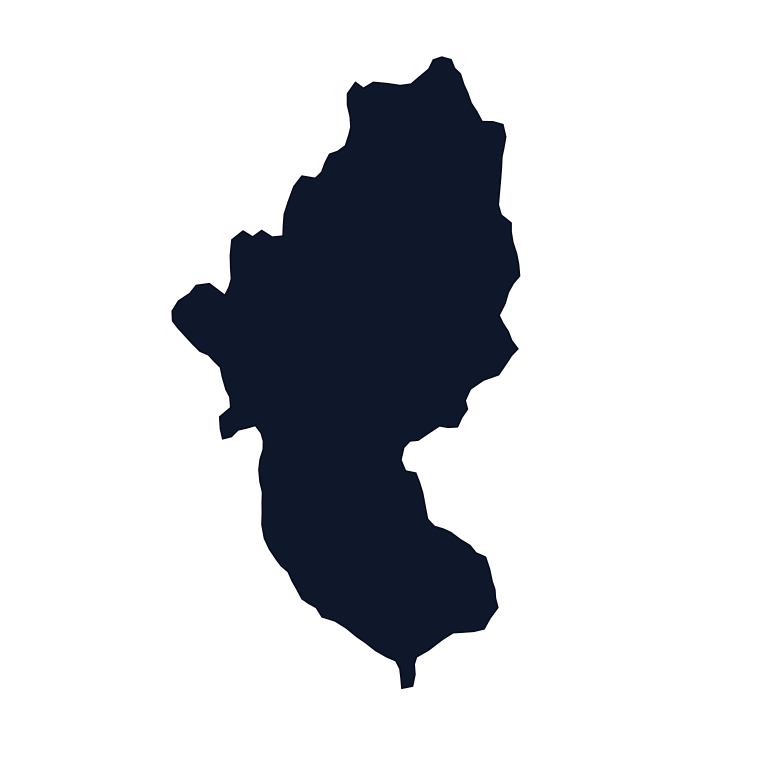 the district of Olaria, Minas Gerais, Brazil, rotated 254°
{"feature_id": "56859067B66778416420172", "entity_name": "Olaria", "entity_type": "district", "adm_level": 2, "iso_a3": "BRA", "parent_name": "Brazil", "parent_adm1": "Minas Gerais", "projection": "mercator", "projection_center": [-43.97, -21.909], "detail": "fine", "context": "isolated", "style": "filled", "palette": "ink", "viewbox_px": 768, "rotation_deg": 254, "n_neighbors": 0, "source": "geoboundaries", "source_scale": "gbopen_adm2", "svg_char_len": 2219}
<svg xmlns="http://www.w3.org/2000/svg" viewBox="0 0 768 768"><g transform="rotate(254 384 384)"><path d="M380.9,522.4L390.5,518.7L399.8,517.9L410.1,514.9L418.3,513.5L427.8,522.4L437.9,528.8L445.1,536.0L450.5,544.1L462.2,546.4L472.7,547.3L484.8,546.9L495.4,548.2L503.7,550.6L514.2,543.2L524.6,543.2L537.7,548.2L548.6,552.4L559.1,556.3L570.0,560.0L577.9,564.2L588.0,569.1L600.6,569.8L606.0,561.0L609.2,550.6L620.3,548.2L630.0,545.2L640.8,544.6L649.9,543.2L660.9,542.9L668.0,538.8L677.2,537.9L682.3,529.7L681.9,520.7L674.4,514.0L668.9,501.7L664.8,492.7L666.4,481.8L671.8,470.0L676.9,456.9L673.9,445.7L681.8,439.7L673.1,428.9L662.2,425.8L650.4,425.2L640.3,423.1L633.3,419.1L623.6,412.6L620.3,403.6L619.9,395.0L612.7,388.3L604.8,382.5L600.6,374.7L606.5,362.4L598.5,351.7L585.4,342.1L574.6,334.9L563.7,330.9L554.0,327.7L556.0,317.0L565.3,308.7L561.5,298.3L569.9,290.6L564.5,277.5L549.8,271.7L537.7,268.6L527.1,266.3L519.7,261.7L513.0,255.5L519.7,250.4L528.6,243.8L530.5,230.6L524.6,222.5L520.4,209.3L512.5,200.5L502.9,198.2L495.2,201.2L484.9,206.3L475.1,211.2L466.3,216.1L460.4,223.3L452.9,227.0L445.1,231.4L435.5,230.6L422.1,230.6L414.1,232.3L403.6,230.2L397.7,217.0L386.0,214.4L375.8,213.8L375.5,222.8L380.1,231.1L379.6,239.7L379.6,249.0L370.8,252.4L362.4,252.4L354.4,249.9L345.6,244.1L336.0,240.1L324.4,237.9L313.4,237.4L303.8,234.3L294.0,231.6L282.4,227.9L268.5,226.5L256.8,228.4L244.7,232.3L237.5,235.1L230.0,240.1L219.8,241.5L210.4,243.8L200.2,245.9L193.5,251.5L187.7,257.3L177.2,260.3L169.7,271.7L159.6,280.7L149.1,287.9L140.3,295.1L130.2,302.4L121.0,311.3L114.7,319.1L105.8,320.8L96.7,319.3L86.6,317.3L85.7,328.2L96.2,333.7L106.3,335.8L112.7,340.0L116.0,353.6L122.2,369.3L125.9,381.9L123.8,391.1L121.5,402.2L121.0,412.7L129.7,421.4L137.7,431.8L147.5,432.1L155.8,433.9L164.6,433.5L176.7,434.4L189.6,433.9L196.3,425.8L205.1,422.1L213.3,414.5L222.8,407.3L228.3,400.9L233.2,393.2L242.1,388.6L254.0,389.7L268.8,391.1L279.5,390.9L289.6,390.0L294.5,380.7L306.3,379.3L317.5,385.5L322.1,393.2L320.6,401.3L324.2,412.2L328.5,425.8L324.7,433.5L322.6,442.9L330.3,449.4L336.8,457.3L345.8,457.5L355.3,465.6L360.3,480.5L361.3,496.7L370.4,507.7L376.2,514.3L380.9,522.4Z" fill="#0f172a" stroke="#020617" stroke-width="1.5"/></g></svg>